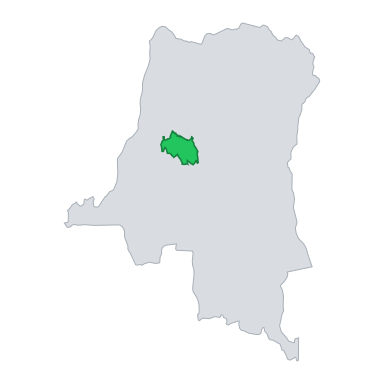 location of Monkoto, Équateur, Democratic Republic of the Congo
{"feature_id": "63176286B4277783159614", "entity_name": "Monkoto", "entity_type": "district", "adm_level": 2, "iso_a3": "COD", "parent_name": "Democratic Republic of the Congo", "parent_adm1": "Équateur", "projection": "equal_earth", "projection_center": [20.843, -1.599], "detail": "fine", "context": "in_parent", "style": "filled", "palette": "green", "viewbox_px": 384, "rotation_deg": 0, "n_neighbors": 0, "source": "geoboundaries", "source_scale": "gbopen_adm2", "svg_char_len": 8446}
<svg xmlns="http://www.w3.org/2000/svg" viewBox="0 0 384 384"><path d="M312.1,266.8L287.3,272.0L287.8,273.9L287.5,275.9L286.9,277.4L284.3,281.5L280.6,285.3L280.5,286.2L282.4,290.4L283.5,296.2L283.1,306.4L283.6,309.1L283.5,311.2L282.2,313.6L279.6,325.8L281.2,331.7L286.1,337.2L288.9,341.3L293.7,342.7L294.4,342.5L294.8,339.1L298.6,337.8L298.4,359.5L298.1,360.7L297.4,361.0L296.4,360.3L296.2,358.2L295.2,357.3L290.5,360.0L289.3,359.9L288.0,359.4L287.1,358.3L286.8,356.7L283.6,350.4L282.0,350.0L280.2,344.3L272.9,340.1L270.0,339.8L268.6,338.5L267.2,334.0L264.7,331.2L264.2,328.0L263.7,327.5L262.2,328.2L260.9,333.2L259.2,334.4L256.2,334.5L248.6,333.1L243.2,330.5L241.8,330.6L239.7,328.3L238.8,324.4L239.3,321.4L238.9,320.9L230.6,323.5L228.6,325.0L226.8,324.6L226.2,323.8L227.0,321.7L226.6,319.5L226.0,318.4L223.6,317.6L222.8,315.2L221.3,314.8L220.8,315.2L220.5,316.8L219.6,317.4L214.7,316.6L209.5,318.7L202.6,318.1L199.4,320.7L198.9,320.6L198.2,319.3L197.6,315.2L197.9,314.1L198.9,313.3L199.3,311.6L198.9,307.4L199.2,306.3L198.9,303.9L197.8,300.0L196.4,296.8L193.3,292.0L192.7,289.7L193.0,284.3L194.0,275.8L193.9,269.4L192.6,265.3L192.3,260.9L193.1,252.9L192.3,251.0L176.7,250.3L176.0,249.7L175.7,248.6L176.4,243.9L166.9,245.1L164.0,246.0L162.2,247.9L161.6,250.4L161.6,253.8L160.1,257.1L159.7,262.7L157.1,263.3L154.4,263.3L149.3,262.2L144.4,263.7L142.0,265.3L140.7,264.5L136.2,265.1L135.6,264.7L130.5,253.6L128.2,250.0L127.8,248.2L128.0,246.4L127.3,244.1L125.0,238.5L124.5,235.8L124.6,231.7L124.3,230.3L122.2,226.7L120.8,225.5L119.2,224.9L93.6,225.4L85.1,224.7L78.9,225.2L75.8,224.9L74.9,224.4L72.1,225.1L70.6,226.6L68.4,227.4L67.0,227.1L64.3,223.0L67.9,222.2L68.2,221.8L68.4,212.0L67.4,210.6L69.4,208.9L72.5,204.5L75.5,203.0L75.9,202.1L76.6,202.1L77.7,204.0L80.3,206.3L83.6,204.3L83.9,203.7L84.3,199.4L85.2,199.1L86.6,200.0L87.3,200.0L88.8,198.8L92.9,196.6L94.2,199.4L93.0,201.8L93.5,203.5L93.7,206.2L94.3,206.8L97.6,207.1L98.6,206.5L105.1,196.8L106.8,195.7L109.5,191.8L113.2,190.1L114.8,187.0L116.9,181.6L117.8,173.7L117.4,160.2L117.7,158.3L122.1,152.2L126.6,141.1L129.7,138.2L132.0,137.0L135.5,133.0L138.3,128.9L138.0,124.0L138.6,119.9L140.2,114.7L140.7,109.3L140.1,103.5L140.4,98.8L142.4,91.2L142.6,82.6L144.5,75.3L148.3,66.1L150.0,59.3L149.7,52.5L150.2,47.5L150.0,44.6L149.3,42.1L149.7,40.5L151.1,39.8L152.9,37.3L156.0,30.6L159.5,27.4L161.8,26.4L164.3,26.5L165.9,27.1L168.5,29.7L171.5,31.7L173.8,34.3L176.0,38.4L181.3,39.3L183.6,40.7L185.0,41.3L185.5,40.9L186.6,41.1L189.1,42.3L191.1,41.6L201.0,44.3L202.1,43.0L204.8,36.0L206.9,33.7L210.2,33.4L212.9,34.7L214.3,34.7L226.4,28.8L227.9,28.5L232.3,29.9L235.2,29.0L236.3,29.3L238.8,28.2L240.8,24.1L242.5,23.0L259.9,27.5L262.5,25.3L263.8,25.1L267.6,26.7L268.8,29.3L271.1,31.4L272.8,35.1L275.4,37.1L276.7,39.0L278.3,40.4L281.4,40.9L285.4,37.6L288.3,37.9L291.1,39.7L292.1,39.6L294.2,37.7L295.3,35.7L296.4,35.2L298.1,36.1L299.5,38.0L300.7,40.8L305.1,47.0L309.3,49.7L310.4,53.5L311.9,53.1L312.7,53.5L313.8,55.9L314.5,56.4L314.7,57.4L313.6,59.7L312.7,64.0L314.0,66.7L312.9,70.6L312.4,74.6L313.7,75.6L315.5,75.5L317.1,77.6L318.4,78.0L319.7,80.2L319.4,82.0L315.3,88.6L309.0,96.6L306.9,97.6L305.9,99.0L305.1,101.4L303.3,103.4L301.9,104.2L301.8,110.0L299.7,116.0L298.9,117.2L297.7,127.0L297.9,128.6L296.8,136.6L297.0,144.1L293.9,146.4L291.8,150.1L290.9,152.6L291.0,158.6L287.5,162.4L287.3,163.2L288.1,167.4L289.4,168.1L289.4,169.6L292.2,174.1L291.9,188.2L292.1,189.6L293.5,193.0L294.5,199.3L293.4,207.5L297.1,222.3L295.4,227.8L296.1,233.0L298.4,238.4L303.6,243.8L305.0,246.0L306.4,249.0L307.6,253.6L312.1,266.8Z" fill="#d9dde1" stroke="#a8b0b8" stroke-width="1"/><path d="M172.3,131.0L172.2,131.1L172.1,131.5L172.0,132.0L171.9,132.7L171.8,132.9L171.5,133.2L171.4,133.6L171.2,133.9L171.1,134.2L171.1,134.3L171.0,134.5L171.0,134.9L170.7,135.3L170.6,135.7L170.6,135.8L170.3,136.1L170.3,136.7L170.3,136.8L170.4,137.0L170.6,137.3L170.6,137.5L170.1,137.8L169.7,138.2L169.6,138.3L169.2,138.5L168.6,138.8L168.3,138.8L168.1,138.8L167.8,138.8L167.5,139.0L167.3,139.0L167.2,139.1L166.9,139.4L166.7,139.6L166.5,139.9L165.3,139.9L164.8,140.1L164.6,140.1L164.2,139.9L164.3,139.7L164.2,139.3L164.3,139.0L164.3,138.9L164.2,138.7L164.1,137.9L164.1,137.7L164.3,137.2L164.3,136.9L164.2,136.8L163.8,136.7L163.3,136.6L163.1,136.7L163.3,137.3L163.3,137.7L163.2,137.8L163.3,137.9L163.2,138.5L163.3,139.0L163.3,139.5L163.3,139.9L163.3,140.1L163.0,140.4L162.5,140.8L162.4,141.1L162.0,141.7L161.8,142.2L161.0,144.5L160.9,144.7L160.9,144.9L161.1,145.2L161.2,145.7L161.5,146.8L161.7,147.4L161.7,147.6L161.7,147.9L161.7,148.0L161.6,148.7L161.7,148.9L161.9,149.1L162.0,149.2L162.0,149.4L162.0,149.6L162.1,149.9L162.0,150.1L162.0,150.6L161.9,150.7L161.8,151.0L162.2,151.4L162.4,151.5L163.1,151.5L163.2,151.4L163.4,151.3L163.6,151.1L163.7,150.7L163.8,150.2L163.8,149.6L163.9,149.4L164.0,149.4L164.2,149.1L164.3,149.0L164.3,148.9L164.6,148.1L164.8,148.0L164.9,147.5L165.1,147.6L165.4,147.9L165.8,148.6L166.1,148.7L166.3,149.0L166.5,149.8L167.1,152.4L167.2,152.9L167.3,153.2L167.5,153.3L167.6,153.2L168.1,153.2L170.1,153.6L170.4,153.6L170.6,153.7L170.7,153.8L170.9,154.1L171.0,154.4L171.5,154.7L171.7,154.9L171.7,155.1L171.7,155.4L171.8,155.6L172.1,155.8L172.4,155.9L172.7,156.1L172.9,156.3L173.2,156.6L173.3,156.7L173.7,157.0L173.8,157.3L174.0,157.1L174.3,156.9L174.8,156.7L175.1,156.5L175.3,156.4L175.5,156.2L175.7,155.7L175.8,155.7L176.3,155.6L176.9,155.4L176.9,155.2L177.0,155.1L177.2,154.6L177.3,154.4L177.5,154.7L177.7,155.0L178.0,155.6L178.4,156.6L178.7,156.9L178.8,157.1L179.0,157.4L179.2,157.7L179.4,158.0L179.7,158.3L179.8,158.6L180.0,158.8L180.3,158.8L180.4,159.0L180.6,159.6L180.9,160.1L181.0,160.4L181.3,161.0L181.3,161.3L181.7,161.8L182.1,162.1L182.2,162.5L182.1,164.1L182.4,164.1L182.6,164.0L182.8,164.0L183.0,164.2L183.2,164.3L183.5,164.1L184.0,164.3L184.6,164.4L185.2,164.2L185.3,164.2L185.5,164.3L185.6,164.2L186.0,163.9L186.6,163.9L186.9,163.7L187.2,163.7L187.5,163.8L187.6,164.0L187.8,164.1L187.4,163.2L187.4,161.3L187.4,160.7L187.5,160.8L188.0,161.1L188.4,161.4L188.8,161.6L189.1,161.9L189.4,161.9L189.4,162.0L189.5,162.0L189.6,162.4L189.9,162.7L190.1,162.7L190.4,162.9L190.6,162.9L190.7,163.1L191.0,163.6L191.7,163.9L192.0,164.0L192.3,164.3L192.8,164.6L193.2,164.7L194.1,163.7L194.7,162.9L195.2,162.2L195.9,160.8L196.0,160.7L196.4,160.6L196.5,160.6L196.6,161.7L197.1,162.3L197.1,163.0L197.3,163.2L197.9,162.9L198.0,162.8L198.2,162.6L198.3,162.5L198.3,162.4L198.2,162.1L198.1,161.5L198.1,161.3L198.0,161.0L197.9,160.1L197.9,159.8L197.8,159.6L197.8,159.3L197.9,159.0L197.8,158.7L197.8,158.3L197.8,158.1L197.7,157.4L197.7,157.1L197.5,156.5L197.5,156.3L197.5,155.9L197.3,155.1L197.3,154.6L197.3,153.9L197.2,153.4L197.1,152.9L197.4,152.6L197.5,152.4L197.8,152.1L197.8,151.9L197.9,151.7L197.7,151.4L197.3,151.0L197.3,150.6L197.2,150.2L196.7,149.3L196.4,149.1L196.3,148.9L196.1,148.5L196.0,148.1L195.0,146.5L194.5,146.1L194.4,146.1L194.2,145.7L193.9,144.0L193.8,143.5L193.7,143.0L193.5,142.5L193.4,142.3L192.8,141.8L192.4,141.2L192.1,140.9L192.4,139.8L192.4,139.6L192.6,139.3L192.9,138.9L192.9,138.7L192.7,138.5L193.0,138.2L192.7,137.8L192.6,138.0L192.6,137.7L192.3,137.5L191.9,137.0L191.7,136.9L191.7,137.0L191.6,137.3L191.5,138.2L191.5,138.3L191.0,138.7L189.8,139.8L189.5,140.1L189.3,140.1L189.2,140.1L188.8,140.4L188.2,140.6L187.7,140.5L187.5,140.4L187.4,140.4L187.3,140.2L187.2,140.1L187.2,139.9L186.9,140.0L186.7,140.0L186.6,139.9L186.4,139.6L186.2,139.5L186.0,139.4L185.8,139.3L185.6,139.3L185.4,139.3L185.3,139.2L185.2,139.2L184.9,138.9L184.7,138.8L184.1,138.5L183.9,138.5L183.8,138.3L183.7,138.1L183.1,138.0L182.9,137.9L182.7,137.6L182.3,137.4L182.1,137.3L182.0,137.2L181.8,136.8L181.7,136.7L181.4,136.6L181.3,136.8L181.1,136.8L181.0,136.7L180.8,136.8L180.6,136.7L180.4,136.4L180.3,136.1L180.2,136.1L179.9,136.2L179.8,136.3L179.7,136.5L179.4,136.3L179.3,136.5L179.2,136.3L178.9,136.3L178.9,136.2L178.8,136.3L178.5,136.1L178.3,136.1L178.3,135.9L178.1,135.7L177.8,135.6L177.8,135.4L177.7,135.4L177.7,135.5L177.5,135.4L177.5,135.5L177.4,135.4L177.3,135.5L177.3,135.4L177.1,135.2L177.1,134.9L176.9,134.7L176.7,134.6L176.3,134.3L176.3,134.2L176.2,134.1L176.0,133.9L175.9,133.7L175.7,133.7L175.9,133.5L175.9,133.4L175.6,133.4L175.2,133.4L175.1,133.0L174.9,133.0L174.8,132.9L174.7,132.8L174.3,132.7L174.2,132.8L173.9,132.9L173.7,132.7L173.6,132.4L173.5,132.2L173.4,131.9L173.4,131.7L173.2,131.5L172.9,131.8L172.8,131.7L172.6,131.3L172.6,131.1L172.4,131.0L172.3,131.0Z" fill="#22c55e" stroke="#15803d" stroke-width="1.5"/></svg>